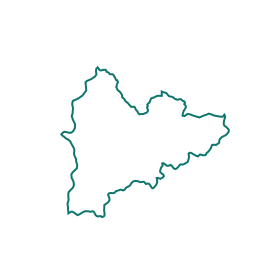 Nabawan / Persiangan, Sabah, Malaysia (orthographic projection), rotated 333°
{"feature_id": "92858781B57526539682129", "entity_name": "Nabawan / Persiangan", "entity_type": "district", "adm_level": 2, "iso_a3": "MYS", "parent_name": "Malaysia", "parent_adm1": "Sabah", "projection": "orthographic", "projection_center": [116.509, 4.704], "detail": "fine", "context": "isolated", "style": "outline", "palette": "teal", "viewbox_px": 256, "rotation_deg": 333, "n_neighbors": 0, "source": "geoboundaries", "source_scale": "gbopen_adm2", "svg_char_len": 4003}
<svg xmlns="http://www.w3.org/2000/svg" viewBox="0 0 256 256"><g transform="rotate(333 128 128)"><path d="M36.1,177.0L39.6,176.8L40.4,177.3L41.0,178.1L42.7,181.1L43.4,182.7L44.8,182.9L46.6,182.8L48.3,182.6L50.2,182.5L52.3,182.8L54.1,183.8L55.3,184.5L56.5,185.6L58.9,186.2L59.5,187.3L59.6,189.1L59.7,191.3L60.6,192.9L61.8,193.4L63.6,194.0L64.4,195.6L65.8,195.8L67.1,195.5L68.2,193.9L68.9,191.7L69.2,190.8L71.1,187.5L71.8,186.0L74.0,185.6L75.6,185.4L77.5,184.8L78.7,184.0L79.5,182.3L79.8,180.1L79.9,178.5L81.4,177.6L82.9,177.9L84.5,179.0L85.8,179.5L87.4,179.4L88.6,178.8L90.7,179.2L93.4,179.6L94.4,180.4L95.3,181.4L97.4,181.4L98.5,180.5L100.5,180.2L102.4,180.4L103.6,180.1L106.0,178.7L108.2,178.0L109.8,178.2L111.2,178.8L112.9,180.1L114.0,181.5L115.1,182.2L116.7,182.6L117.9,183.4L118.2,184.7L118.6,186.1L119.9,186.2L121.3,187.1L121.6,188.1L122.0,191.5L122.3,192.7L123.2,193.0L124.9,192.5L126.2,192.0L127.4,191.3L128.7,190.3L129.7,189.1L130.4,187.3L130.8,185.6L131.9,186.0L132.4,186.5L133.8,188.0L135.9,187.9L136.9,187.8L138.0,187.3L138.3,186.4L138.2,185.3L137.6,184.4L136.7,182.1L137.2,180.7L138.8,179.0L140.1,177.9L141.3,177.6L142.0,176.8L142.4,175.1L143.4,175.3L144.2,176.4L145.0,178.4L145.9,179.6L148.0,180.3L148.9,180.0L149.9,181.4L150.1,183.5L150.6,185.0L151.4,186.0L152.7,186.2L154.2,185.8L155.1,185.5L156.7,184.8L157.8,184.2L158.7,184.5L159.9,185.3L160.9,185.6L162.2,185.6L164.0,185.5L165.8,185.3L167.2,183.9L167.8,183.3L169.0,181.8L169.7,180.3L170.3,178.4L171.5,178.0L172.9,178.8L174.0,180.5L175.9,183.4L177.4,185.1L178.6,184.7L180.3,184.3L182.3,186.2L184.4,187.3L185.6,187.0L186.6,186.0L188.0,185.8L189.3,185.3L191.3,184.4L192.9,183.4L194.2,182.2L195.3,181.3L197.6,182.2L198.6,183.1L199.7,183.0L201.2,182.7L201.8,182.7L202.0,182.7L202.9,182.0L203.6,180.7L205.1,179.4L207.7,178.7L208.8,178.7L211.6,178.7L213.5,178.3L215.0,177.6L216.1,176.9L216.9,175.5L216.8,174.1L215.9,171.6L215.0,169.9L214.9,168.7L215.5,167.2L216.5,165.6L217.4,164.5L218.7,163.2L219.4,162.3L219.9,161.1L219.9,159.9L217.6,160.9L216.4,160.4L215.3,159.7L212.3,157.5L209.7,155.4L209.3,154.6L208.6,153.8L207.6,152.9L206.4,151.9L205.2,151.9L203.8,151.7L202.1,151.4L196.4,151.0L193.7,148.5L191.0,145.8L189.9,144.4L188.8,143.5L187.5,142.5L183.6,143.0L182.2,141.8L183.2,140.2L185.4,138.1L187.5,136.8L188.9,135.9L189.5,134.8L189.4,134.2L189.0,132.2L190.2,131.6L190.2,129.7L189.0,128.7L188.7,127.2L187.9,126.1L186.9,125.7L185.3,125.4L184.6,125.1L182.7,122.8L182.1,121.1L181.2,120.0L180.1,119.3L178.9,118.1L178.4,116.1L178.1,114.4L177.0,113.2L175.9,112.3L174.6,110.8L172.7,114.7L170.1,113.3L168.6,112.7L167.3,112.5L165.4,112.6L164.2,112.6L163.6,112.2L162.1,112.2L160.1,113.7L158.7,115.1L157.7,115.2L155.9,115.8L155.8,116.8L155.4,117.7L154.5,118.0L154.2,119.1L154.0,120.9L153.1,122.2L151.5,122.8L150.2,122.6L148.1,122.5L144.2,120.8L143.9,118.9L143.9,117.0L143.3,115.3L143.4,114.0L143.6,113.0L143.0,111.8L140.3,110.5L140.2,109.5L139.6,107.8L139.3,106.0L138.7,104.6L137.9,103.0L137.8,100.2L136.8,98.2L137.3,96.8L137.6,95.6L137.6,94.1L137.3,92.8L137.0,91.3L136.5,90.9L136.0,88.8L136.0,88.3L136.2,87.2L136.1,86.2L137.2,85.2L137.6,84.4L138.7,83.5L139.9,82.7L140.0,80.5L139.2,80.0L139.2,78.8L139.3,77.2L139.1,74.6L138.8,73.3L137.4,72.5L136.2,71.7L135.9,70.0L135.2,69.0L134.3,68.0L134.7,67.1L134.4,65.9L132.0,64.8L129.8,64.4L128.9,63.3L128.7,61.8L128.5,60.2L127.3,60.6L126.6,60.9L125.3,62.7L124.2,66.0L121.7,67.2L117.7,67.7L114.8,67.6L112.6,67.4L110.8,68.1L109.1,72.6L107.8,75.7L102.1,78.4L97.2,79.1L93.4,79.0L91.1,78.8L89.1,81.3L88.0,85.3L85.2,89.9L83.2,91.9L82.6,96.5L82.6,100.4L80.6,104.0L77.6,106.0L75.3,106.4L73.5,105.6L72.0,104.3L69.8,102.6L68.5,102.4L65.7,103.4L66.3,105.5L67.0,106.5L68.0,109.2L69.1,110.5L70.4,113.5L70.6,121.9L69.9,123.9L68.2,126.3L67.7,129.1L67.7,131.7L66.5,134.7L66.0,137.9L64.0,140.8L61.4,141.5L58.7,142.3L56.5,143.6L55.1,147.0L55.2,149.6L54.9,151.8L53.8,154.4L52.1,156.0L47.9,157.5L46.0,158.2L44.6,160.0L43.1,163.6L42.4,165.2L39.7,168.0L38.9,170.4L36.1,177.0Z" fill="none" stroke="#0f766e" stroke-width="2"/></g></svg>